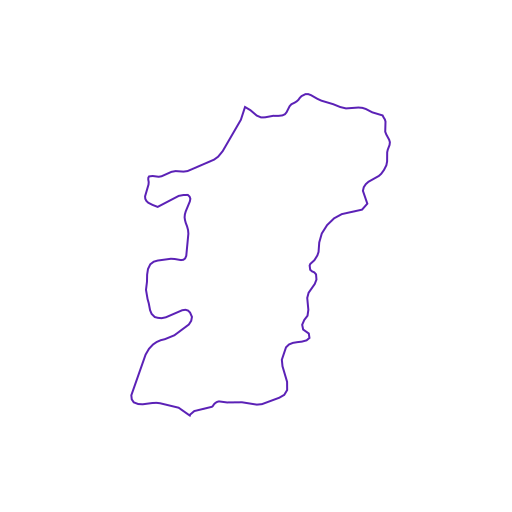 outline of Satu Mare, rotated 143°
{"feature_id": "ROU-301", "entity_name": "Satu Mare", "entity_type": "County", "adm_level": 1, "iso_a3": "ROU", "parent_name": "Romania", "parent_adm1": "", "projection": "equal_earth", "projection_center": [22.899, 47.706], "detail": "fine", "context": "isolated", "style": "outline", "palette": "violet", "viewbox_px": 512, "rotation_deg": 143, "n_neighbors": 0, "source": "natural_earth", "source_scale": "10m", "svg_char_len": 2378}
<svg xmlns="http://www.w3.org/2000/svg" viewBox="0 0 512 512"><g transform="rotate(143 256 256)"><path d="M170.9,239.1L180.6,237.9L189.9,234.4L197.3,228.8L203.6,221.6L206.7,219.5L211.9,217.5L217.4,217.0L218.9,216.1L221.0,212.4L220.5,210.0L219.3,207.9L219.1,205.2L221.9,200.8L225.9,198.3L236.1,195.0L240.3,191.7L246.6,181.5L250.8,177.3L255.9,175.9L260.5,173.3L262.6,168.9L260.5,162.3L262.6,158.4L266.4,158.2L270.9,160.0L274.8,162.3L278.8,164.4L282.9,165.5L287.0,165.0L297.8,157.6L301.2,152.0L306.9,136.8L311.8,130.2L317.0,128.1L322.7,128.8L340.4,134.1L344.8,136.8L355.2,147.6L367.3,156.5L373.1,162.2L374.9,162.9L376.8,163.1L378.7,162.9L380.7,162.2L381.1,162.1L381.4,162.1L381.8,162.1L382.2,162.2L398.6,169.3L403.9,169.0L404.9,168.4L409.1,181.4L421.2,196.1L423.8,198.6L427.3,201.0L435.8,205.8L439.2,208.7L441.7,212.7L441.5,216.3L439.4,219.8L403.5,243.7L397.3,246.3L391.5,247.3L387.1,247.1L382.8,246.1L378.8,244.4L368.9,241.8L350.9,241.7L346.8,243.2L343.8,245.9L342.7,250.5L343.1,253.3L344.7,255.5L347.6,257.1L364.9,261.3L368.9,263.2L371.6,265.7L373.6,268.2L374.2,272.6L373.2,276.5L370.1,282.8L368.5,286.9L364.2,295.2L358.6,301.0L354.1,306.7L350.1,310.6L345.4,313.0L341.1,313.0L337.2,311.5L325.6,305.0L322.7,302.5L318.4,297.9L316.3,296.7L314.1,296.7L311.6,298.1L296.6,314.5L294.6,317.7L293.2,321.2L292.2,324.7L291.1,327.4L289.8,329.8L287.8,332.0L285.3,333.9L276.0,339.4L274.0,341.2L273.3,343.4L273.7,345.8L277.3,348.4L281.5,350.5L305.0,354.4L307.9,359.1L310.0,363.4L310.4,366.0L310.0,368.3L308.7,370.4L298.9,377.7L297.2,379.6L296.1,381.8L294.9,383.3L293.5,383.9L290.4,382.1L286.0,377.8L283.4,376.5L272.9,374.1L269.1,372.2L263.1,367.0L259.5,365.0L231.5,358.2L226.5,358.1L219.5,359.8L186.1,373.9L175.1,381.6L172.7,375.8L170.9,367.7L168.6,363.7L165.5,361.4L157.9,357.6L153.9,354.5L150.3,352.4L147.6,351.8L145.1,352.4L139.0,355.4L136.4,355.9L132.8,355.2L130.4,355.0L128.1,355.2L126.0,355.9L123.4,356.3L119.1,355.5L116.9,353.9L115.3,351.4L112.4,344.6L110.3,340.7L103.0,330.8L99.1,324.3L95.3,319.7L84.8,312.9L81.9,310.3L79.8,307.3L76.7,300.8L71.5,293.7L70.3,292.1L70.7,289.9L70.9,287.5L71.7,285.4L78.0,277.5L78.8,274.7L79.7,268.7L80.6,266.3L82.5,264.3L86.8,261.6L88.8,259.9L94.4,252.6L97.3,250.0L102.0,247.7L106.5,246.3L109.7,246.0L121.5,247.6L125.1,247.3L128.5,246.1L131.4,243.7L135.6,230.8L143.4,229.2L162.2,237.8L170.9,239.1Z" fill="none" stroke="#5b21b6" stroke-width="2"/></g></svg>